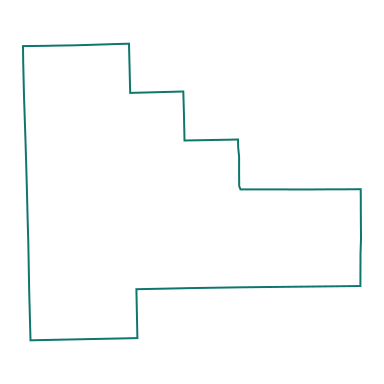 Will, Illinois, United States of America
{"feature_id": "52423323B88111597470225", "entity_name": "Will", "entity_type": "district", "adm_level": 2, "iso_a3": "USA", "parent_name": "United States of America", "parent_adm1": "Illinois", "projection": "robinson", "projection_center": [-87.929, 41.465], "detail": "fine", "context": "isolated", "style": "outline", "palette": "teal", "viewbox_px": 384, "rotation_deg": 0, "n_neighbors": 0, "source": "geoboundaries", "source_scale": "gbopen_adm2", "svg_char_len": 696}
<svg xmlns="http://www.w3.org/2000/svg" viewBox="0 0 384 384"><path d="M27.0,193.2L27.0,193.4L27.6,217.9L28.3,242.4L29.2,291.4L30.5,340.3L137.4,338.1L136.4,289.2L162.1,288.7L190.0,288.1L241.8,287.3L360.4,286.0L360.5,253.5L361.0,239.5L360.8,208.7L360.8,198.5L360.7,189.3L360.7,189.2L345.9,189.3L337.1,189.3L302.1,189.5L301.7,189.5L281.3,189.4L240.5,189.4L239.2,186.1L239.1,173.0L239.1,156.7L238.2,147.8L238.0,139.5L229.0,139.7L184.5,140.5L184.0,116.0L183.3,91.5L130.2,92.9L129.8,76.9L129.6,68.3L129.3,57.1L129.0,43.7L113.8,44.1L89.1,44.9L74.9,45.3L51.1,45.7L48.4,45.8L23.0,46.1L23.2,62.3L24.0,95.8L24.8,119.9L25.6,144.3L26.1,160.8L27.0,193.2Z" fill="none" stroke="#0f766e" stroke-width="2"/></svg>